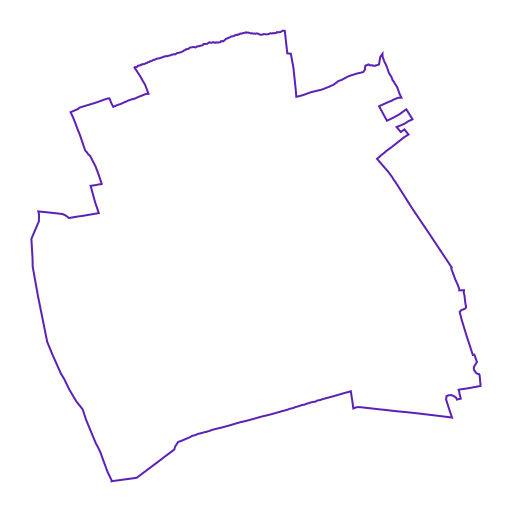 outline of Blagesti, Vaslui, Romania, rotated 90°
{"feature_id": "2599482B88980175976939", "entity_name": "Blagesti", "entity_type": "district", "adm_level": 2, "iso_a3": "ROU", "parent_name": "Romania", "parent_adm1": "Vaslui", "projection": "orthographic", "projection_center": [27.999, 46.142], "detail": "fine", "context": "isolated", "style": "outline", "palette": "violet", "viewbox_px": 512, "rotation_deg": 90, "n_neighbors": 0, "source": "geoboundaries", "source_scale": "gbopen_adm2", "svg_char_len": 5825}
<svg xmlns="http://www.w3.org/2000/svg" viewBox="0 0 512 512"><g transform="rotate(90 256 256)"><path d="M481.3,400.4L481.1,399.5L477.8,375.3L449.5,337.7L447.7,337.2L445.8,336.4L441.9,333.8L441.1,331.3L438.4,324.9L437.8,323.3L435.9,319.8L435.0,316.5L433.9,314.1L433.4,311.7L432.6,309.1L431.7,305.2L430.7,302.0L429.7,299.4L427.3,289.4L425.6,283.2L422.2,271.7L421.1,266.8L420.2,263.2L416.4,249.7L415.0,243.6L413.8,239.2L412.7,235.1L412.2,233.7L411.8,232.0L411.2,230.3L410.6,227.6L410.1,226.3L409.9,225.1L408.7,222.0L408.2,219.4L406.9,215.9L406.0,212.5L405.0,210.2L404.7,207.6L403.5,204.8L403.2,203.4L402.7,202.0L402.2,200.3L401.8,198.5L401.8,197.1L401.5,196.2L400.8,195.4L400.3,193.8L400.2,192.6L400.0,191.6L399.4,190.3L395.9,177.4L392.9,167.2L392.0,163.5L391.2,161.2L400.2,159.8L408.5,158.7L408.4,158.3L407.9,157.4L407.1,154.9L407.2,151.3L407.7,147.2L408.4,140.7L409.3,133.0L409.9,126.8L411.0,117.8L412.1,106.2L413.2,95.7L416.9,64.9L417.6,60.0L411.1,62.2L399.3,66.0L398.5,65.7L396.1,65.5L395.3,63.4L395.1,60.8L395.6,59.1L396.7,57.2L397.8,55.8L399.6,55.1L398.6,51.2L393.5,52.5L391.6,52.8L389.8,53.4L389.4,51.9L388.9,47.9L387.9,41.7L387.3,38.8L386.7,35.3L385.9,31.4L375.3,32.4L374.2,32.8L374.1,33.6L373.5,35.1L372.6,36.3L371.4,36.8L370.8,37.6L369.1,38.2L367.0,38.1L363.6,36.1L362.0,35.0L355.1,37.5L354.6,37.8L355.0,39.2L347.4,41.6L336.9,45.1L320.2,50.2L311.9,52.3L310.4,51.0L310.0,50.4L309.5,48.9L308.7,47.2L308.2,46.4L307.3,46.0L306.5,46.0L303.4,46.6L295.0,47.6L293.8,48.0L292.1,48.3L290.8,48.0L290.2,48.0L290.4,52.7L289.8,52.7L288.3,53.0L285.2,54.1L279.5,56.7L268.7,60.7L268.1,60.8L267.5,60.3L234.2,82.4L209.0,99.4L181.8,116.7L180.0,118.1L176.7,120.1L172.0,123.6L158.8,135.0L158.1,134.2L156.9,132.5L155.8,131.5L152.6,127.5L150.9,125.6L147.9,121.4L137.4,108.1L134.5,103.5L129.4,107.6L132.0,111.2L127.0,115.4L125.2,110.8L123.9,107.9L122.8,105.9L121.9,104.8L121.0,103.3L120.0,100.8L119.2,99.5L109.3,105.7L114.5,112.9L118.0,119.3L120.7,125.1L106.2,132.9L102.0,123.6L101.4,122.2L100.9,120.6L99.7,118.6L98.7,116.1L98.0,114.5L97.8,113.7L97.7,112.4L97.7,110.6L93.2,112.7L87.2,114.8L83.7,117.0L83.1,117.6L82.1,117.8L81.5,118.2L81.0,118.8L80.1,119.5L79.3,119.6L78.4,120.1L77.0,120.5L73.2,123.0L68.2,124.7L64.4,126.2L61.5,127.7L56.7,129.4L53.8,129.5L56.9,131.7L64.3,133.0L65.0,134.2L65.5,136.4L65.9,137.6L65.2,140.5L65.4,141.7L65.2,142.5L64.4,143.3L64.6,144.0L65.1,144.7L65.4,146.2L65.6,146.5L66.5,146.8L69.2,147.0L69.9,147.3L71.9,148.6L72.2,149.3L73.6,155.2L75.7,162.0L76.6,164.3L79.8,170.1L80.5,171.9L80.8,173.2L81.0,173.7L82.4,175.1L83.1,176.4L84.2,177.7L84.9,178.9L86.7,182.8L89.5,189.9L89.9,191.2L90.2,192.7L91.5,198.1L92.2,200.9L94.0,206.0L95.0,208.7L96.1,212.5L96.8,215.7L89.3,216.3L67.6,218.6L53.7,221.2L53.4,224.7L30.8,227.2L30.7,229.5L31.9,231.1L32.2,232.1L32.1,233.1L32.4,233.7L32.1,235.1L32.5,235.5L32.9,235.8L33.1,236.2L33.0,236.8L33.3,238.4L33.1,239.1L33.5,239.9L33.4,240.8L33.2,241.5L33.9,242.9L34.4,245.2L34.1,248.0L34.2,248.8L34.9,250.2L34.5,252.5L34.1,252.8L33.8,253.7L33.6,254.2L33.5,254.7L33.4,255.5L33.8,256.8L33.7,257.2L33.5,257.7L33.7,258.9L33.2,259.9L33.4,261.1L32.9,262.7L32.5,263.9L32.5,264.3L32.8,265.3L32.4,265.9L32.3,266.1L32.8,267.2L33.0,268.9L33.7,270.5L33.7,271.1L33.5,271.4L33.5,271.7L34.3,272.8L34.6,273.3L34.5,274.1L34.9,274.5L35.1,275.0L34.9,276.1L34.9,276.4L35.3,276.8L35.4,277.4L36.0,278.1L36.2,278.9L36.7,281.3L37.2,282.0L37.5,282.4L37.6,283.1L37.8,283.7L38.3,284.3L38.4,284.5L38.4,284.9L38.7,285.4L38.8,286.1L39.7,286.9L40.1,287.4L40.5,287.7L40.8,288.2L41.3,288.7L41.4,289.0L41.0,290.1L41.1,290.8L42.2,291.7L42.2,292.2L42.3,292.5L42.3,293.3L42.6,294.0L42.6,294.9L42.3,295.4L42.3,295.9L42.9,297.1L42.8,297.4L42.3,298.0L42.2,298.5L42.2,299.0L42.8,300.2L42.6,300.9L42.6,301.6L42.4,302.4L42.4,302.8L42.5,303.1L43.0,303.5L43.8,305.0L43.9,305.5L43.9,306.3L44.0,307.0L44.0,308.3L44.2,308.6L45.0,309.2L45.5,310.1L45.6,311.0L45.8,311.6L45.8,312.0L45.9,312.5L46.4,313.3L46.4,313.6L46.2,314.1L46.4,314.6L46.4,315.0L46.8,315.3L47.0,315.9L47.4,316.3L47.4,316.7L46.9,318.4L47.3,319.8L47.5,321.9L47.7,322.3L48.6,323.1L48.9,323.9L49.2,325.7L49.9,326.6L50.4,327.9L51.1,328.8L52.2,330.9L52.5,331.9L53.1,334.7L53.3,335.4L54.1,336.3L54.3,336.7L54.4,337.4L54.2,338.1L54.2,338.4L54.6,339.4L54.8,340.7L55.2,341.1L55.4,341.7L55.9,344.2L56.3,345.0L56.1,346.1L56.2,346.8L56.6,347.6L56.8,348.7L57.3,349.4L57.5,350.5L58.1,351.8L58.5,353.6L58.7,355.5L59.0,356.0L59.4,356.5L59.8,357.3L59.8,357.8L59.8,358.3L60.9,360.2L61.4,362.1L62.0,362.8L62.0,363.5L62.3,363.9L62.4,364.3L63.1,365.2L63.3,366.3L64.1,367.8L64.1,369.7L64.4,370.1L64.8,370.4L64.9,371.1L65.3,371.6L65.4,372.4L65.6,373.1L65.6,373.5L65.7,373.9L66.0,374.2L66.4,374.3L66.7,374.6L66.7,375.0L67.1,375.8L67.1,376.3L67.2,377.3L67.4,377.5L67.6,377.5L76.7,371.5L78.6,370.4L78.7,370.5L84.8,366.9L93.8,363.5L94.0,366.2L97.1,374.0L98.5,376.9L98.7,377.9L99.1,378.6L99.1,379.5L99.3,380.3L100.0,382.0L100.4,383.5L101.4,385.4L101.8,386.5L102.2,387.6L103.2,389.5L104.2,392.0L104.7,393.6L105.2,394.8L105.4,395.7L106.0,396.6L106.3,397.9L106.9,398.7L103.3,400.6L98.5,402.5L98.3,402.7L98.4,403.6L99.5,407.5L101.6,413.1L103.3,418.2L107.0,430.6L107.6,432.2L108.1,433.0L108.9,433.8L112.2,441.4L117.5,438.9L124.6,436.1L130.1,434.1L134.6,432.2L149.7,427.1L150.8,426.6L152.3,425.1L154.6,423.5L155.7,422.0L166.3,416.5L174.6,413.4L183.8,410.3L184.1,410.3L184.2,410.6L184.4,413.1L185.1,416.2L185.8,421.4L201.9,417.0L213.1,413.2L216.0,430.1L216.5,434.1L218.0,443.2L216.8,444.5L215.4,446.5L214.1,449.3L213.3,455.5L211.4,473.7L214.5,473.0L221.3,473.1L238.8,480.6L256.2,479.6L256.8,479.5L266.7,479.3L295.7,474.1L341.8,464.8L354.0,459.8L373.4,451.2L379.2,447.7L389.5,442.7L397.5,438.0L401.5,435.6L409.0,429.6L410.7,428.9L419.6,426.0L441.8,416.8L443.3,416.2L447.6,413.8L453.0,411.3L456.8,410.0L471.8,404.5L479.7,400.7L480.6,400.4L481.3,400.4Z" fill="none" stroke="#5b21b6" stroke-width="2"/></g></svg>